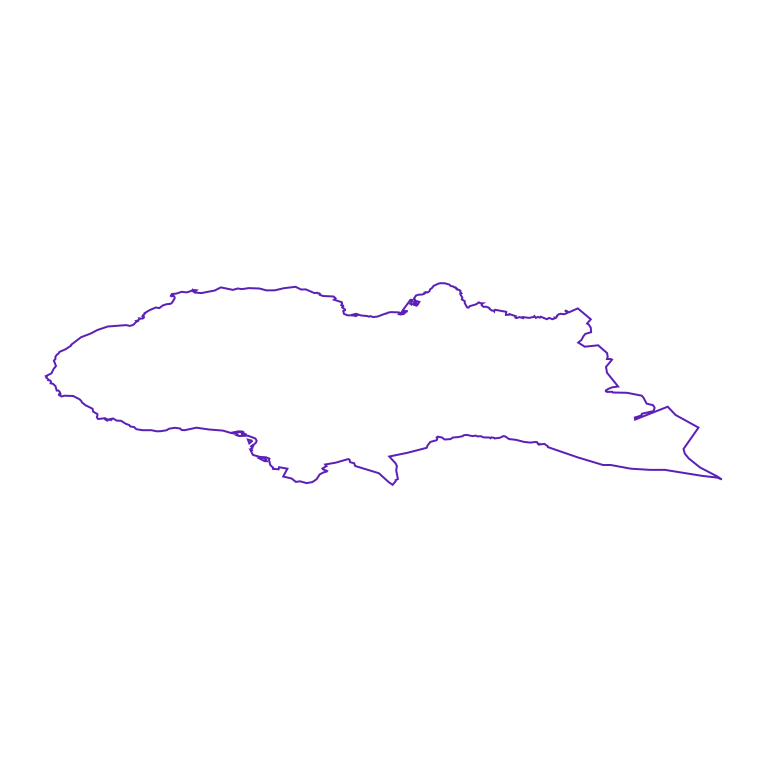 the district of Trondheim nor, Sør-Trøndelag, Norway
{"feature_id": "86288312B46091891234397", "entity_name": "Trondheim nor", "entity_type": "district", "adm_level": 2, "iso_a3": "NOR", "parent_name": "Norway", "parent_adm1": "Sør-Trøndelag", "projection": "natural_earth1", "projection_center": [10.447, 63.38], "detail": "fine", "context": "isolated", "style": "outline", "palette": "violet", "viewbox_px": 768, "rotation_deg": 0, "n_neighbors": 0, "source": "geoboundaries", "source_scale": "gbopen_adm2", "svg_char_len": 6085}
<svg xmlns="http://www.w3.org/2000/svg" viewBox="0 0 768 768"><path d="M721.9,479.5L717.4,476.5L700.1,467.5L688.8,458.5L684.8,453.6L683.5,449.0L698.5,427.6L675.6,415.0L667.7,406.7L635.1,419.6L634.8,417.5L639.5,416.1L641.6,415.0L642.0,413.7L653.5,411.1L654.6,407.9L654.2,406.9L653.0,405.2L646.6,403.6L643.7,398.0L641.8,395.7L627.1,392.8L612.8,392.5L612.4,391.8L606.8,391.9L605.8,391.2L605.8,390.5L608.3,388.9L611.9,387.4L618.1,386.5L607.0,372.7L606.0,366.9L612.0,359.7L611.0,359.1L607.0,359.0L607.7,357.0L607.1,353.1L598.2,345.3L584.8,346.7L578.2,342.6L581.6,339.8L583.3,336.4L585.3,333.9L591.1,332.2L590.8,327.8L588.8,324.6L587.1,323.5L590.8,319.3L577.8,308.4L568.8,312.4L566.4,310.8L564.9,310.6L567.7,312.4L566.5,313.4L564.1,314.2L560.8,313.8L558.7,314.3L557.0,315.7L557.1,316.4L556.5,317.3L556.9,317.4L554.8,317.5L555.1,318.2L552.4,319.2L549.2,317.9L546.8,319.2L540.7,316.7L539.9,317.6L537.9,316.9L535.8,317.9L534.4,316.1L533.7,316.9L529.1,317.9L523.0,317.1L522.4,317.2L522.7,318.0L519.4,317.1L516.4,318.1L515.3,317.5L515.8,316.2L509.4,314.1L509.2,314.7L505.9,314.9L506.2,311.8L495.1,309.8L494.5,310.2L494.2,311.4L493.6,310.7L491.7,310.5L489.5,308.7L489.1,308.1L489.7,307.3L489.1,307.8L486.2,306.7L483.6,306.9L481.7,305.3L482.1,304.2L481.5,303.8L482.5,303.3L480.4,303.2L478.9,302.4L475.9,304.4L469.6,306.2L468.6,307.6L467.1,307.4L464.7,303.0L464.8,301.2L461.8,299.4L462.4,297.6L460.3,294.3L460.3,293.8L461.4,293.3L460.2,292.0L460.5,291.1L459.7,290.1L456.8,289.4L456.3,288.8L456.8,288.5L455.4,287.3L454.1,287.3L453.5,286.6L450.6,285.9L449.4,284.6L444.9,283.3L440.3,283.2L438.2,283.7L433.6,285.9L431.8,288.2L430.0,289.4L429.5,291.2L427.7,292.4L425.9,292.1L424.8,292.5L425.3,293.0L424.2,293.8L422.4,294.5L418.5,294.7L415.9,295.6L414.0,298.6L414.6,299.3L414.0,299.3L414.5,299.3L414.4,300.2L414.9,300.8L419.3,301.8L417.6,304.8L416.4,305.7L414.8,305.1L416.0,304.0L416.2,303.1L414.5,302.9L414.8,301.8L414.4,301.8L413.5,304.5L412.0,304.1L410.8,305.2L411.7,304.1L411.1,304.7L411.4,304.0L410.3,303.7L412.1,301.5L411.7,301.3L412.1,300.0L410.5,299.8L402.9,310.1L404.1,310.8L407.8,311.2L404.3,311.5L402.8,310.6L402.0,311.7L404.6,312.8L403.8,313.1L404.8,314.0L401.8,312.4L401.0,313.9L401.8,314.3L400.6,314.5L399.0,314.2L400.1,312.9L398.8,312.4L391.1,312.1L387.8,312.7L386.5,313.6L385.7,313.5L377.7,316.5L373.0,317.1L370.5,316.1L369.2,316.7L367.1,316.0L361.2,315.5L356.1,313.8L353.7,314.4L356.6,315.7L355.8,316.1L353.1,315.4L347.5,315.3L344.0,313.9L343.2,311.1L345.0,310.2L344.9,309.4L342.2,307.5L342.6,306.4L343.2,306.3L343.1,305.6L341.3,305.1L342.0,303.4L341.8,302.2L334.0,299.7L335.6,298.3L333.6,296.5L323.0,296.0L319.9,294.9L320.1,294.2L319.5,293.4L318.2,293.5L317.4,292.8L314.2,293.0L305.8,289.4L301.0,289.5L295.6,286.8L283.9,288.2L274.8,290.3L266.5,290.4L259.4,288.5L248.8,288.1L242.0,289.1L237.6,288.5L233.0,289.9L220.9,287.4L214.7,290.5L201.2,293.1L194.7,292.5L193.7,291.8L195.2,291.5L196.5,290.3L195.5,290.2L195.8,290.6L194.9,291.3L193.9,290.7L193.2,291.2L192.2,290.8L192.9,290.2L192.6,289.8L191.7,290.8L186.7,292.4L181.8,291.8L176.3,293.6L171.9,294.0L170.8,295.9L171.4,296.3L173.3,295.8L174.3,296.4L174.7,298.2L172.2,302.5L170.6,303.8L166.6,304.2L162.7,305.5L159.3,308.1L155.8,307.5L149.9,310.0L144.8,313.0L145.1,313.4L143.2,315.0L143.0,315.3L143.4,315.7L142.6,316.3L144.0,317.2L143.6,317.9L142.4,318.6L139.2,318.4L139.6,319.1L138.1,320.4L136.6,320.8L137.4,321.3L135.7,322.2L133.9,324.4L131.8,325.4L129.5,325.9L126.3,325.1L107.8,326.5L97.4,330.0L91.0,333.4L81.1,337.2L71.1,344.8L71.1,345.6L65.6,349.2L59.3,352.0L58.7,353.3L56.7,354.9L55.4,356.8L55.4,359.0L53.9,360.6L56.0,366.0L53.6,369.0L51.5,373.3L46.1,376.0L46.8,376.4L46.2,377.4L48.5,379.7L48.3,380.2L50.1,380.4L51.0,381.7L50.6,383.3L52.9,383.8L55.4,386.0L56.7,390.5L58.4,390.5L59.6,391.8L60.5,393.9L59.0,394.3L58.9,394.9L61.5,396.5L64.5,395.7L73.2,396.0L79.6,399.3L81.3,401.0L81.9,402.4L85.6,405.3L92.5,408.7L93.2,411.7L97.4,414.0L97.4,415.7L96.8,417.3L98.1,419.0L105.2,418.2L105.9,418.8L105.3,419.4L107.0,420.6L107.6,420.5L107.8,419.4L109.3,419.7L109.0,419.4L110.3,419.0L111.7,419.4L111.3,420.2L112.0,418.7L113.1,418.5L116.7,420.6L121.1,420.8L125.6,423.7L129.3,425.1L130.3,426.5L134.0,427.0L136.3,429.2L142.6,430.2L151.4,430.2L156.6,431.3L160.5,431.2L166.4,430.3L169.1,428.7L174.9,427.8L180.1,428.5L181.6,430.0L184.6,430.2L196.4,427.7L209.1,429.5L222.9,430.6L230.7,432.9L238.2,431.4L242.3,431.5L243.2,432.0L242.8,432.7L244.4,433.6L243.5,434.3L244.9,434.1L245.9,434.4L245.8,434.8L241.9,434.8L242.5,433.7L240.7,432.1L237.4,432.3L234.0,433.5L236.3,433.9L237.8,434.7L237.2,434.7L237.4,435.0L238.7,435.2L237.6,435.5L239.2,436.0L247.9,435.7L255.4,438.5L256.6,440.6L256.1,442.5L253.7,444.7L252.6,447.2L251.5,446.5L252.7,445.9L253.4,444.6L251.3,446.2L252.3,447.4L252.3,448.1L251.3,448.5L251.9,450.0L250.3,449.7L252.9,454.9L259.9,456.9L266.1,457.3L269.4,458.7L269.0,459.7L270.2,464.9L273.2,467.8L273.0,468.9L278.6,469.3L279.1,467.2L287.4,468.7L283.2,476.5L291.6,478.5L295.9,481.9L300.0,481.3L306.6,483.1L312.3,482.1L316.5,479.3L319.8,474.3L324.0,472.2L326.5,471.7L327.1,471.0L322.8,469.2L322.4,468.5L326.5,466.1L325.2,464.5L335.5,462.7L348.1,459.1L349.6,459.7L349.9,461.9L350.5,462.3L354.1,463.2L355.2,466.0L378.8,473.2L388.8,482.2L392.6,484.8L395.6,481.3L395.6,480.2L397.9,479.0L396.2,470.4L396.9,466.1L395.6,463.4L389.3,456.5L407.4,452.8L426.7,447.8L427.5,445.5L430.4,441.9L436.7,440.2L437.3,438.9L436.7,437.4L437.6,436.7L441.8,437.4L444.7,439.5L450.5,439.1L452.9,437.5L458.1,437.1L462.6,436.2L463.9,435.2L466.6,434.9L472.5,436.1L475.7,435.6L477.5,436.4L480.9,436.2L483.5,437.4L489.2,437.5L490.5,438.3L491.3,437.4L494.4,437.9L494.6,438.4L499.8,437.8L503.4,436.1L505.2,436.4L509.1,439.1L515.9,439.8L524.0,441.9L530.4,442.6L536.0,441.9L537.2,442.3L537.7,443.5L538.9,443.8L538.4,444.3L538.7,444.6L544.4,443.9L547.7,446.2L547.9,447.1L577.5,457.3L603.0,465.0L610.7,465.0L630.9,468.7L650.5,469.9L665.1,469.9L701.7,475.8L717.2,477.6L721.9,479.5ZM266.9,461.2L266.3,459.8L263.4,457.9L261.3,457.6L259.0,458.2L264.5,461.1L266.9,461.2ZM249.3,443.4L251.9,441.2L251.6,440.6L247.9,439.6L249.3,443.4Z" fill="none" stroke="#5b21b6" stroke-width="2"/></svg>